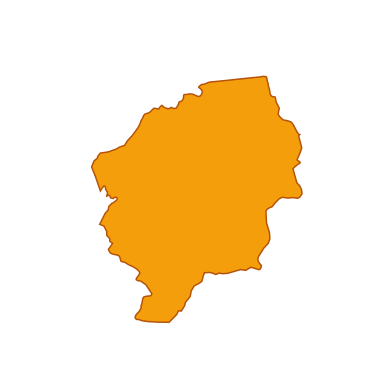 Bouca, Ouham, Central African Republic (Natural Earth projection), rotated 33°
{"feature_id": "33826404B6253227494909", "entity_name": "Bouca", "entity_type": "district", "adm_level": 2, "iso_a3": "CAF", "parent_name": "Central African Republic", "parent_adm1": "Ouham", "projection": "natural_earth1", "projection_center": [18.249, 6.335], "detail": "fine", "context": "isolated", "style": "filled", "palette": "amber", "viewbox_px": 384, "rotation_deg": 33, "n_neighbors": 0, "source": "geoboundaries", "source_scale": "gbopen_adm2", "svg_char_len": 3527}
<svg xmlns="http://www.w3.org/2000/svg" viewBox="0 0 384 384"><g transform="rotate(33 192 192)"><path d="M279.9,228.2L282.4,223.0L284.9,222.3L288.4,221.3L290.0,220.9L291.1,220.0L291.1,218.8L290.9,217.1L290.3,216.0L289.4,215.6L287.6,215.1L286.4,214.6L285.1,213.9L283.9,212.6L282.9,210.0L282.9,206.5L282.8,199.7L283.9,193.6L283.4,191.1L282.8,188.9L279.4,184.2L271.2,177.2L264.8,168.3L264.3,167.4L264.4,165.8L264.7,164.8L265.8,162.6L267.1,161.0L267.7,155.9L268.7,150.5L270.3,147.6L272.0,146.6L275.6,144.9L279.9,141.6L284.0,139.7L285.1,137.8L285.2,135.6L285.3,133.8L283.8,131.8L282.2,130.1L279.2,128.3L275.0,127.2L264.0,117.5L264.6,114.6L265.6,111.5L266.5,109.6L266.8,108.6L266.2,108.1L264.5,108.0L263.3,108.1L262.5,107.7L261.1,99.1L259.9,95.1L251.8,87.7L250.7,86.7L251.1,85.2L250.1,85.3L247.7,84.6L240.8,80.7L237.3,79.3L233.5,80.1L229.7,81.7L227.5,81.7L224.4,81.0L221.9,79.9L220.5,76.7L219.6,74.2L217.2,72.8L214.5,71.3L212.6,69.8L211.2,68.1L209.8,67.1L209.1,67.5L207.5,68.1L206.3,68.3L204.6,67.5L203.4,66.3L201.6,64.4L199.7,62.5L197.6,60.9L197.0,59.8L194.9,58.1L192.6,55.7L191.5,54.9L189.0,56.0L187.6,57.3L187.0,57.9L151.6,86.5L147.6,89.6L146.4,90.8L145.6,92.0L144.8,93.0L144.0,94.3L142.9,95.5L141.6,96.5L140.5,99.3L140.6,100.5L143.1,100.8L145.1,101.5L146.0,102.4L146.8,104.7L146.7,106.8L145.4,108.5L143.3,108.9L140.7,109.3L139.0,109.7L136.7,110.9L134.3,113.2L133.0,114.0L132.3,114.8L132.5,115.8L133.3,117.1L133.7,118.0L134.0,119.1L133.8,121.3L133.1,122.3L132.5,123.0L132.2,124.0L132.8,125.6L133.0,127.3L133.0,129.8L133.0,130.5L131.2,131.9L129.7,132.2L128.4,132.4L128.1,133.5L126.9,135.0L125.9,135.4L123.6,136.1L121.4,136.1L120.4,135.7L119.5,135.8L119.0,137.4L118.9,137.8L118.8,140.2L118.8,140.4L117.6,141.2L116.2,141.6L115.2,142.1L114.4,142.6L113.9,144.5L113.4,147.4L112.1,149.9L110.2,152.0L109.8,154.1L110.4,157.4L110.4,159.8L111.2,163.0L111.7,167.1L111.2,177.0L110.0,183.8L110.0,189.8L106.7,193.8L105.1,197.2L99.8,204.1L94.0,209.2L93.5,213.2L94.2,215.4L92.9,219.1L94.2,225.7L102.3,231.4L114.6,241.0L114.5,238.2L114.7,236.3L114.9,234.8L115.6,234.7L116.7,235.0L117.9,236.7L118.4,236.7L119.8,237.7L120.8,237.9L122.2,239.8L122.3,241.3L122.8,241.9L123.4,240.5L124.1,240.2L124.6,239.8L125.5,240.1L126.5,241.0L127.0,241.2L127.6,241.1L129.5,240.4L129.7,239.9L130.1,238.4L131.3,237.7L131.6,237.7L132.5,237.9L133.2,238.9L133.0,240.6L131.9,243.9L131.0,245.0L130.1,249.1L131.4,252.5L130.8,257.5L132.2,269.4L136.5,268.5L141.8,271.4L144.2,274.9L146.6,275.4L148.4,275.9L149.3,277.1L149.9,278.1L150.9,278.3L152.1,278.2L153.3,278.3L153.3,282.8L153.1,285.5L154.3,286.5L156.7,287.6L158.3,287.5L160.7,286.8L162.5,286.0L164.3,285.5L165.9,285.4L166.9,286.0L168.4,287.2L169.5,288.3L170.5,288.8L173.8,287.6L178.3,287.5L182.6,286.9L185.3,286.7L188.1,286.8L190.1,287.1L192.5,288.4L192.6,290.4L192.5,292.8L192.4,294.6L192.9,295.9L194.9,295.9L196.8,294.9L197.6,294.7L201.6,294.8L203.7,294.8L213.7,299.2L214.0,300.9L214.0,301.4L211.3,303.7L211.0,303.8L209.4,305.5L208.7,306.4L208.7,308.0L209.6,310.1L209.9,310.8L210.8,313.1L211.3,315.3L212.4,316.9L212.5,317.3L212.7,319.4L212.7,321.1L212.4,322.8L212.0,324.7L212.1,326.5L212.4,327.9L213.3,328.7L214.7,329.1L217.0,327.9L220.3,327.1L225.0,325.0L233.6,320.1L238.2,317.2L243.7,313.8L245.9,303.1L245.3,299.0L247.8,297.8L247.8,291.4L246.6,288.3L247.4,280.7L245.2,275.3L245.0,269.6L248.0,264.1L248.9,261.4L247.4,257.0L246.4,253.0L250.5,249.9L253.8,248.7L256.6,248.3L257.6,247.3L258.8,245.3L262.2,243.8L266.1,240.9L275.0,230.6L278.1,229.2L279.9,228.2Z" fill="#f59e0b" stroke="#b45309" stroke-width="1.5"/></g></svg>